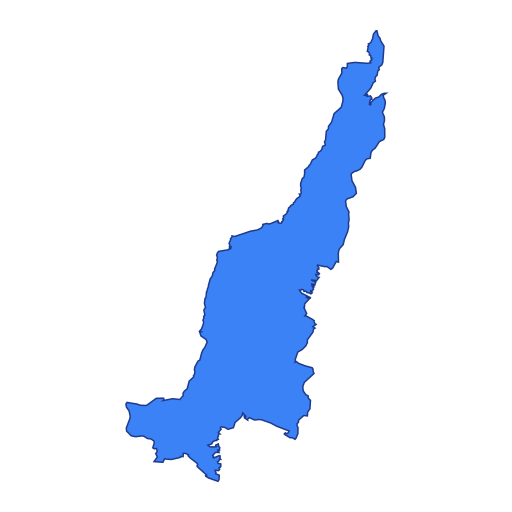 the district of Stejari, Gorj, Romania
{"feature_id": "2599482B41789780482797", "entity_name": "Stejari", "entity_type": "district", "adm_level": 2, "iso_a3": "ROU", "parent_name": "Romania", "parent_adm1": "Gorj", "projection": "robinson", "projection_center": [23.706, 44.799], "detail": "fine", "context": "isolated", "style": "filled", "palette": "blue", "viewbox_px": 512, "rotation_deg": 0, "n_neighbors": 0, "source": "geoboundaries", "source_scale": "gbopen_adm2", "svg_char_len": 6066}
<svg xmlns="http://www.w3.org/2000/svg" viewBox="0 0 512 512"><path d="M217.9,481.3L219.0,479.7L219.3,475.2L215.6,473.7L216.0,472.6L215.2,471.1L215.9,470.7L215.6,470.3L218.7,470.6L219.7,469.2L219.1,468.2L219.2,467.5L220.4,467.1L220.9,465.9L220.7,463.8L218.3,463.5L217.4,461.9L218.8,461.1L219.5,459.4L220.7,459.4L220.0,458.2L220.1,455.9L219.2,455.6L213.8,457.9L213.1,457.6L213.5,456.4L212.6,455.5L215.5,452.4L218.9,452.5L218.2,451.7L219.0,451.1L217.7,450.9L217.6,450.1L219.5,449.5L219.8,447.5L218.8,446.6L218.3,443.9L215.7,445.1L215.7,446.1L216.4,446.6L215.0,446.9L210.2,446.9L207.9,445.2L211.9,443.8L212.2,442.5L214.3,440.8L216.7,440.5L216.6,439.8L218.3,439.4L217.7,438.2L217.9,436.7L218.3,436.3L218.7,433.7L219.7,433.8L218.3,432.5L221.1,429.3L220.4,428.0L220.9,426.9L224.6,427.3L228.0,429.3L233.4,427.7L235.1,422.4L240.3,417.9L242.0,415.7L242.8,413.0L245.8,416.3L245.5,417.2L244.2,416.2L244.4,417.8L247.7,420.1L247.7,419.0L249.3,417.6L254.5,420.0L259.3,419.5L261.6,419.8L270.7,423.0L276.9,426.3L289.2,431.0L287.9,433.1L286.6,433.5L285.3,432.9L284.4,433.6L284.4,434.3L290.0,437.7L292.4,437.7L295.0,439.3L296.0,438.2L297.9,433.6L298.0,427.6L297.1,425.7L297.0,423.8L298.5,422.2L298.6,420.1L303.8,415.5L307.4,415.9L307.6,412.1L309.9,408.9L310.5,400.3L308.5,398.5L308.0,395.7L306.0,394.9L303.2,390.9L302.8,386.6L304.3,382.4L314.0,373.5L313.1,371.2L313.0,369.0L312.1,367.7L305.6,366.0L298.7,363.4L296.4,361.6L295.1,362.1L295.5,361.3L295.2,359.7L297.8,352.0L302.2,349.5L305.7,346.0L307.4,342.7L307.4,339.8L312.9,332.2L313.6,328.9L315.0,328.1L312.8,326.6L316.1,324.4L315.0,323.7L314.0,321.8L314.2,320.7L312.5,319.4L306.1,315.9L304.9,315.9L306.7,313.5L304.3,308.5L304.5,307.9L303.9,307.5L304.6,306.3L304.6,303.9L309.2,298.9L306.3,297.1L307.1,296.6L310.2,298.1L310.4,297.6L301.8,293.3L299.8,291.0L300.1,290.3L299.8,290.0L301.0,290.1L301.5,289.4L303.5,289.8L304.0,291.4L306.2,291.3L306.9,292.6L309.1,292.9L310.9,293.9L312.2,292.8L311.2,292.2L311.5,291.8L310.6,291.3L310.7,290.6L312.1,291.1L313.5,289.1L312.9,287.5L313.9,287.0L312.2,286.1L313.9,285.5L311.8,284.5L311.8,284.0L314.8,284.8L315.8,282.0L311.1,279.9L316.6,280.6L319.1,277.4L317.3,277.0L316.0,275.3L316.4,275.0L316.1,274.6L318.6,274.9L319.3,273.6L318.0,273.3L317.6,273.0L318.1,272.5L317.0,272.3L317.3,271.6L316.8,270.9L317.8,269.6L317.6,269.1L318.8,269.2L318.8,267.4L317.3,266.0L317.5,265.1L325.1,266.7L326.9,266.5L330.9,269.4L332.6,268.2L336.2,261.6L338.5,262.1L338.3,253.4L338.8,250.4L339.6,248.6L343.2,244.6L344.4,239.5L347.6,231.7L348.7,226.6L348.4,223.0L349.1,219.7L348.6,213.9L349.0,212.1L346.3,206.6L345.6,201.1L346.2,199.7L347.6,198.7L353.0,196.8L356.4,193.3L355.5,187.3L352.0,180.8L351.1,174.2L352.5,172.7L355.0,171.2L356.3,171.1L360.0,169.3L361.9,167.2L365.3,160.3L367.0,158.8L370.2,158.3L371.0,152.6L372.3,150.4L375.2,148.1L379.4,141.6L383.7,139.5L384.8,137.2L384.7,128.7L383.5,124.4L384.5,120.5L384.4,117.0L382.4,112.3L384.3,108.5L385.4,102.8L384.9,99.9L384.0,98.4L383.1,95.3L386.1,93.3L384.3,93.3L381.3,94.4L378.8,97.0L375.3,98.1L370.9,102.4L370.7,104.7L370.3,105.0L369.3,104.1L370.0,102.3L369.6,101.9L370.5,99.4L371.8,99.2L371.7,97.7L370.4,95.9L367.3,96.3L366.1,95.7L368.0,94.3L364.8,94.9L370.8,88.1L373.3,82.7L375.4,81.2L374.9,78.6L375.7,76.6L377.1,75.3L377.8,71.0L379.2,69.8L378.9,67.1L381.8,64.9L382.8,62.4L384.0,46.1L380.8,41.0L380.0,38.3L378.1,35.8L376.9,30.7L376.0,30.8L373.4,34.2L372.6,38.6L370.7,42.7L368.3,44.0L368.8,45.0L367.8,46.5L368.2,46.9L367.3,51.4L368.8,52.1L369.6,53.8L369.2,54.8L370.7,55.7L371.0,57.5L371.8,58.0L371.2,58.2L371.1,59.0L371.8,59.9L370.0,61.2L370.8,62.8L367.3,63.3L354.8,62.4L348.1,63.3L347.3,63.5L347.3,66.7L346.5,68.2L343.0,67.5L341.7,68.6L341.8,73.2L338.4,79.2L337.9,81.7L338.4,89.1L342.2,95.3L343.0,98.5L342.8,101.6L341.2,107.3L334.1,113.6L331.6,122.1L328.5,126.3L328.4,128.9L326.3,131.3L325.5,140.2L324.5,141.7L325.4,145.0L322.6,146.4L321.7,149.6L320.4,151.2L318.5,152.2L318.1,154.1L317.3,154.6L316.7,156.5L315.1,158.5L312.4,159.8L310.1,164.6L309.0,165.4L308.8,166.5L304.6,170.0L304.6,174.0L304.0,177.1L302.3,178.5L300.6,183.6L300.7,186.6L301.4,187.8L300.8,189.6L301.2,193.0L300.6,194.3L299.4,194.1L300.2,196.2L296.8,198.6L295.3,200.6L295.1,201.6L293.5,202.8L293.2,204.4L291.2,205.2L290.5,205.9L290.6,206.4L288.6,207.9L288.0,210.3L288.3,210.8L287.1,211.4L287.2,212.4L286.4,213.8L283.3,216.1L283.7,217.2L282.7,219.0L283.4,219.4L283.4,220.2L281.7,221.9L281.8,222.7L280.9,223.3L278.4,222.9L278.0,222.3L278.6,222.0L277.9,220.5L270.7,223.6L268.2,224.0L267.0,223.4L262.8,224.4L263.0,225.7L261.3,228.0L257.3,230.0L250.7,231.1L234.6,236.5L232.0,235.9L232.0,236.9L230.5,238.9L230.8,239.3L229.2,242.9L229.1,243.8L230.0,245.3L229.4,246.5L229.9,247.2L231.1,246.9L230.9,247.7L230.3,247.7L230.5,248.2L229.8,248.1L230.1,248.8L229.1,248.8L228.7,249.7L218.5,251.4L217.3,253.1L216.6,255.3L217.4,257.2L216.8,260.4L217.3,261.0L217.1,262.9L214.6,269.0L214.8,270.5L213.0,272.5L212.2,276.2L210.2,278.9L208.4,285.4L208.4,286.8L207.4,288.9L207.2,291.0L206.5,291.7L206.0,297.2L205.0,298.6L204.4,303.3L205.5,307.5L204.3,309.0L203.9,310.5L204.9,315.0L203.7,316.3L203.9,317.8L202.9,320.3L203.6,321.3L203.4,323.9L201.5,328.9L199.5,331.3L201.0,331.8L199.7,332.1L201.0,336.0L205.9,339.3L207.2,342.1L204.6,347.8L203.3,349.3L201.7,352.7L199.8,360.1L197.9,361.2L194.9,366.9L194.4,369.4L194.9,372.0L194.5,374.3L193.5,375.6L193.7,376.9L189.2,381.1L187.2,388.7L184.3,391.2L183.0,393.3L183.2,395.6L179.8,399.5L172.7,398.7L163.4,400.5L164.1,399.9L163.6,398.2L156.3,398.3L147.0,405.1L145.5,405.5L140.1,405.2L137.3,404.1L127.0,402.4L125.9,404.1L126.5,407.2L129.1,411.0L130.2,416.2L129.9,418.5L126.3,428.1L126.6,431.1L131.2,435.8L135.7,436.7L142.4,435.9L144.2,436.4L147.4,438.5L151.1,439.0L154.1,441.1L154.2,443.0L152.8,447.8L154.2,448.8L156.5,448.5L157.2,451.5L155.7,453.7L157.4,456.9L154.0,461.6L162.9,462.3L164.5,458.9L171.2,459.5L179.3,457.7L180.7,457.1L180.8,456.5L183.1,456.6L183.3,453.3L185.4,453.4L188.5,454.8L188.1,455.7L190.2,458.0L196.9,463.1L197.7,464.4L197.0,466.0L197.3,466.7L206.7,475.1L205.6,475.7L205.8,476.3L208.6,478.0L217.9,481.3Z" fill="#3b82f6" stroke="#1e3a8a" stroke-width="1.5"/></svg>